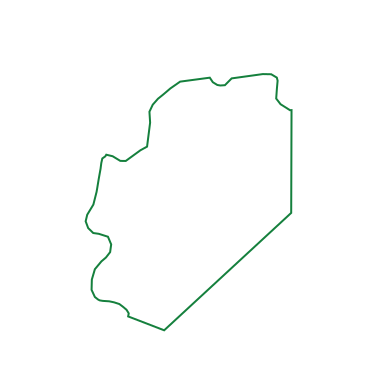 the district of Black Mallet, Castries, Saint Lucia, rotated 217°
{"feature_id": "8701671B81790835951847", "entity_name": "Black Mallet", "entity_type": "district", "adm_level": 2, "iso_a3": "LCA", "parent_name": "Saint Lucia", "parent_adm1": "Castries", "projection": "albers", "projection_center": [-60.988, 14.005], "detail": "fine", "context": "isolated", "style": "outline", "palette": "green", "viewbox_px": 384, "rotation_deg": 217, "n_neighbors": 0, "source": "geoboundaries", "source_scale": "gbopen_adm2", "svg_char_len": 914}
<svg xmlns="http://www.w3.org/2000/svg" viewBox="0 0 384 384"><g transform="rotate(217 192 192)"><path d="M202.3,49.6L200.5,49.9L197.8,51.3L192.3,54.9L187.8,57.0L182.6,58.8L178.1,58.8L173.3,58.5L169.5,57.0L168.1,54.2L131.0,64.8L100.2,235.0L161.8,317.3L163.0,316.3L174.1,315.4L181.0,317.3L186.5,325.8L190.6,332.4L193.1,334.4L199.6,333.7L206.4,328.8L228.7,306.6L230.0,297.1L233.5,294.1L236.2,292.7L241.4,292.2L243.1,292.8L246.6,294.0L267.9,273.0L271.6,261.7L273.7,252.3L275.3,246.0L275.9,238.1L274.3,230.5L267.2,222.2L255.2,201.2L258.3,194.3L263.6,176.9L268.0,173.7L276.9,172.8L282.9,170.2L282.7,168.3L283.8,164.8L281.9,160.6L279.0,155.5L274.3,146.2L270.1,138.2L268.3,134.7L263.2,122.6L262.0,110.8L259.3,104.6L253.2,100.7L246.2,99.8L241.3,102.5L232.2,105.7L225.0,101.5L221.2,94.7L221.3,87.9L222.6,82.1L223.1,71.9L219.3,61.8L213.3,53.4L206.4,49.7L202.3,49.6Z" fill="none" stroke="#15803d" stroke-width="2"/></g></svg>